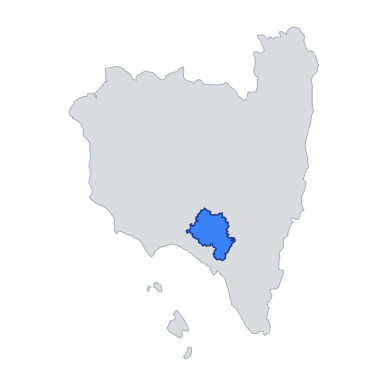 Spain, with Teruel highlighted, rotated 91°
{"feature_id": "ESP-5847", "entity_name": "Teruel", "entity_type": "Autonomous Community", "adm_level": 1, "iso_a3": "ESP", "parent_name": "Spain", "parent_adm1": "", "projection": "mercator", "projection_center": [-0.788, 40.603], "detail": "fine", "context": "in_parent", "style": "filled", "palette": "blue", "viewbox_px": 384, "rotation_deg": 91, "n_neighbors": 0, "source": "natural_earth", "source_scale": "10m", "svg_char_len": 8439}
<svg xmlns="http://www.w3.org/2000/svg" viewBox="0 0 384 384"><g transform="rotate(91 192 192)"><path d="M208.4,79.7L208.4,80.9L210.4,83.1L216.3,84.5L217.8,85.4L217.5,88.5L216.1,91.1L217.4,92.3L218.8,92.2L220.6,90.1L220.9,91.5L223.6,92.8L229.6,95.2L233.8,95.5L238.1,100.3L245.2,99.4L251.6,103.9L257.5,102.9L258.9,103.8L268.1,103.9L268.6,100.2L269.7,98.7L285.8,103.9L287.7,107.1L287.4,108.7L288.2,112.4L290.3,112.2L294.6,110.2L300.0,112.7L301.5,115.0L302.6,115.2L306.7,112.9L317.9,115.6L318.3,113.8L319.1,113.3L323.8,111.7L325.7,111.4L331.6,112.6L332.3,114.7L333.5,115.5L334.0,117.3L330.5,118.4L330.1,121.5L332.3,124.2L332.5,128.7L326.6,134.6L309.5,144.5L303.8,150.4L291.1,153.4L278.0,157.7L270.2,165.5L272.2,166.2L274.5,168.8L273.7,170.0L270.3,171.8L267.2,172.3L261.5,181.9L253.6,191.7L250.7,196.1L244.5,207.5L244.5,210.8L247.5,222.1L249.3,225.0L251.7,227.5L256.4,229.6L257.5,231.7L255.9,233.6L251.3,237.1L243.2,241.9L239.8,245.6L239.0,249.2L236.6,250.8L235.8,255.8L232.5,262.7L232.3,264.5L234.8,267.0L232.3,268.6L219.9,269.2L212.2,274.6L208.3,279.4L204.8,288.2L200.6,293.4L198.7,294.4L195.8,292.1L192.2,291.8L188.7,292.5L186.8,294.3L183.9,295.3L181.1,294.5L175.0,294.0L172.3,294.1L168.1,295.5L164.5,294.6L158.3,294.1L145.1,295.2L143.4,295.8L137.5,301.7L131.1,301.9L125.2,304.3L121.4,310.0L120.6,313.1L119.4,312.3L118.5,312.6L118.1,314.9L114.1,316.4L109.6,314.5L105.8,311.6L103.8,311.4L100.7,307.0L99.3,304.2L98.3,301.1L98.2,299.0L95.4,297.7L94.7,294.9L96.8,291.2L99.5,289.2L96.9,289.4L95.1,291.7L92.7,288.0L83.1,280.6L83.6,277.9L82.0,279.9L80.9,280.4L75.9,280.1L70.2,281.0L67.8,268.4L69.3,264.0L75.7,255.3L79.7,254.1L81.3,249.6L77.6,249.9L71.8,241.2L73.3,233.1L79.1,227.0L80.1,224.5L80.3,222.3L79.2,220.7L76.0,219.8L72.7,213.3L72.0,209.3L69.3,207.0L67.0,203.0L69.0,202.4L77.3,202.4L79.3,201.3L80.8,198.6L82.4,194.2L82.8,191.5L79.5,187.6L79.4,186.7L79.9,185.4L84.9,181.1L83.9,177.9L84.7,171.0L84.3,167.0L83.7,163.7L82.0,159.5L83.1,157.7L85.7,156.3L87.9,152.8L90.9,149.8L94.9,147.5L99.6,142.3L98.9,140.1L97.3,138.7L91.5,137.7L91.1,136.7L91.1,131.1L89.6,128.8L87.5,129.1L84.3,128.1L83.5,128.7L79.5,128.5L76.6,127.5L75.4,128.4L75.1,130.4L70.3,132.4L67.6,132.3L63.2,130.6L58.2,131.2L57.6,130.8L53.3,133.0L51.9,133.1L50.1,130.3L52.4,126.3L50.4,122.5L49.1,122.3L41.1,125.2L36.5,128.9L34.6,129.3L34.0,128.7L33.8,123.4L38.6,117.8L35.5,117.4L35.7,115.8L37.6,113.2L35.6,111.3L35.6,105.6L31.3,107.4L30.2,107.1L30.1,104.8L32.8,100.3L30.0,99.8L27.9,98.0L25.2,94.3L25.2,92.3L26.6,87.6L30.4,85.4L34.1,82.2L39.2,82.8L46.9,80.1L49.5,78.7L49.4,76.7L48.5,75.3L49.3,73.9L55.5,70.0L59.2,69.6L63.0,67.6L65.6,68.9L67.8,68.4L70.4,69.9L73.8,73.4L78.7,74.8L82.7,73.7L102.9,73.4L108.6,71.7L113.1,73.8L121.7,74.8L126.9,76.5L141.2,79.5L146.4,79.5L156.8,76.6L159.7,77.4L163.8,75.9L165.8,76.2L168.4,78.2L177.6,81.0L180.0,78.6L181.8,78.1L188.4,79.6L195.0,82.4L198.5,82.6L203.5,81.9L208.4,79.7ZM330.0,198.9L332.4,200.0L334.9,199.0L336.2,199.3L337.5,199.8L337.8,201.8L332.5,211.8L328.2,214.5L324.0,212.4L321.5,211.8L320.8,211.0L320.2,207.8L319.1,206.8L317.4,206.4L314.1,208.9L313.1,207.2L311.5,206.9L310.9,205.9L311.0,204.6L321.1,196.8L324.1,195.1L330.3,193.1L331.3,193.4L330.5,194.6L331.3,195.7L330.0,198.9ZM358.8,194.8L357.8,197.6L350.3,193.9L347.8,193.5L347.2,192.9L347.4,190.1L352.5,189.7L356.6,191.1L358.8,194.8ZM288.2,226.6L287.3,228.6L283.5,227.9L282.7,227.1L283.5,224.9L284.6,224.6L284.6,223.1L285.8,221.5L291.1,220.2L292.3,221.3L292.5,222.8L289.4,226.2L288.2,226.6ZM291.8,234.4L291.3,234.8L287.2,234.5L287.1,233.2L287.9,231.4L289.4,233.2L291.8,233.5L291.8,234.4Z" fill="#d9dde1" stroke="#a8b0b8" stroke-width="1"/><path d="M224.4,193.0L223.9,191.8L224.5,191.6L225.7,191.0L225.9,190.9L226.0,190.7L226.1,190.3L226.0,190.0L225.7,189.7L224.9,189.0L224.2,188.6L222.7,188.4L222.2,188.2L221.9,187.8L221.9,187.6L221.8,187.4L221.6,187.3L221.4,187.1L221.3,186.9L221.1,186.7L220.9,186.3L220.8,185.8L220.7,185.7L220.2,185.9L220.1,186.1L220.0,186.4L220.1,186.9L220.1,187.1L220.0,187.3L219.5,187.5L219.0,187.7L218.2,187.6L216.9,187.3L217.0,187.0L217.2,186.6L217.2,186.4L217.2,186.2L217.0,185.8L216.4,185.9L216.1,185.9L215.8,185.8L215.4,185.7L215.2,185.7L214.8,185.9L214.6,185.8L214.3,185.5L211.7,183.0L211.1,182.7L210.7,182.7L210.5,182.8L210.4,182.9L210.2,182.8L210.2,182.4L210.3,182.2L210.3,181.8L210.2,181.3L209.2,180.0L208.8,179.5L208.1,179.2L208.4,178.8L208.5,178.7L209.5,177.3L209.7,177.1L209.9,176.9L210.4,176.7L210.6,176.5L210.7,176.2L210.7,175.1L210.8,174.7L211.1,173.5L211.3,173.3L211.4,173.1L212.0,173.3L212.3,173.3L212.7,173.5L212.9,173.6L213.1,173.7L213.3,173.8L213.5,173.7L213.9,173.5L214.1,173.3L214.3,173.1L214.4,172.9L214.3,172.3L214.3,171.9L214.4,171.4L214.6,171.0L214.7,170.7L214.7,170.1L214.7,169.7L214.5,169.3L214.3,169.0L214.2,168.7L214.2,168.4L214.3,168.1L214.4,167.8L214.6,167.4L214.7,167.0L214.7,166.3L214.6,166.0L214.5,165.7L214.3,165.5L213.7,165.0L213.3,164.6L213.2,164.4L213.0,163.9L212.8,163.5L212.9,162.4L212.9,162.1L212.6,161.5L214.3,161.6L215.0,161.3L215.8,161.2L216.3,161.4L216.5,161.4L216.7,161.1L216.9,160.7L216.9,160.4L216.7,159.7L216.7,159.3L216.8,159.1L217.4,158.8L217.5,158.7L217.9,157.9L218.0,157.7L218.3,157.5L218.6,157.4L218.8,157.4L219.1,157.5L219.8,158.0L221.3,158.0L221.6,157.8L221.7,157.4L221.6,157.1L221.5,156.8L221.4,156.5L221.4,156.3L221.7,155.6L221.9,155.4L222.1,155.3L222.7,155.3L223.8,155.8L224.0,155.8L224.9,155.3L225.2,154.7L225.3,154.6L225.5,154.5L225.8,154.6L227.9,156.0L228.0,156.4L228.1,156.6L228.2,156.8L229.1,157.2L229.3,157.2L229.5,157.1L230.8,155.5L232.3,156.7L232.5,156.8L232.8,156.7L233.1,156.4L233.6,154.8L233.8,154.5L234.1,154.5L234.3,154.7L235.5,156.1L237.6,153.5L236.8,152.0L237.2,151.7L237.0,149.6L237.1,149.3L237.3,149.1L237.5,149.2L237.8,149.3L239.5,152.2L239.7,152.3L239.9,152.3L240.0,152.0L240.0,151.8L240.0,151.6L239.7,150.7L238.8,149.2L238.7,148.8L238.7,148.4L239.0,148.2L240.4,148.2L240.6,148.3L240.8,148.5L240.9,149.1L241.0,149.2L241.1,149.4L241.6,149.4L241.7,149.5L242.0,150.1L242.6,150.9L244.3,151.9L244.9,151.4L246.0,152.7L251.7,155.4L252.2,155.8L253.1,158.0L253.5,158.2L253.9,157.6L254.0,157.4L254.4,157.3L255.5,157.3L256.1,157.6L256.7,157.7L257.9,157.5L258.2,158.4L258.6,158.7L258.9,158.8L259.3,159.2L259.7,160.3L259.6,161.1L259.5,161.3L259.4,161.7L259.1,162.1L259.0,162.3L258.9,162.6L258.8,162.8L258.8,163.1L258.7,163.4L258.9,163.9L258.9,164.2L258.9,164.5L259.0,164.8L259.3,165.3L259.3,165.6L259.2,165.8L259.0,166.0L258.5,166.6L258.3,167.0L258.2,167.2L256.8,168.0L256.7,168.1L256.8,168.5L256.1,168.8L255.2,168.8L254.9,168.9L254.6,169.0L254.4,169.1L254.2,169.3L254.0,169.5L253.7,169.7L253.3,169.6L253.3,169.3L253.3,169.1L253.2,168.9L253.0,168.7L252.6,168.6L251.4,168.7L250.7,168.5L249.6,167.8L249.2,167.5L249.1,167.3L248.8,167.1L248.5,166.9L248.0,167.0L247.8,167.1L247.3,167.6L247.2,167.9L247.1,168.1L247.0,168.5L246.9,169.0L246.9,169.3L246.9,169.5L245.6,170.4L245.4,170.6L245.1,170.7L244.9,170.7L244.5,170.5L244.1,170.4L243.8,170.5L243.5,170.6L243.3,170.8L243.2,171.1L243.3,171.3L243.3,171.5L243.3,172.0L243.5,172.3L244.0,172.4L244.1,172.5L244.4,172.6L244.6,172.6L245.0,172.5L245.3,172.6L245.3,173.0L245.3,173.3L245.2,173.5L245.3,174.0L245.4,174.5L245.4,174.9L245.3,175.1L245.2,175.4L245.2,175.6L245.3,175.8L245.6,176.0L245.8,176.4L245.9,176.6L245.9,176.8L245.7,176.9L244.6,177.4L244.4,177.6L244.2,177.9L244.2,178.1L244.3,178.4L244.5,178.6L244.8,178.8L245.0,179.0L245.3,179.4L245.5,179.6L245.5,179.9L245.5,180.2L245.4,180.4L244.4,181.0L244.2,181.3L243.8,181.9L243.5,182.2L242.9,182.6L242.9,182.8L243.0,183.1L243.0,183.3L242.9,183.7L242.8,183.9L242.6,184.1L241.7,184.5L241.0,184.6L240.8,184.6L240.6,184.7L240.4,184.7L240.2,184.7L239.9,184.6L239.6,184.5L239.4,184.4L239.2,184.4L239.0,184.6L239.0,184.8L239.0,185.3L239.0,185.5L238.9,186.2L238.7,186.5L238.5,187.2L238.4,187.5L238.2,187.8L237.9,188.1L237.5,188.5L237.4,188.7L237.3,189.0L237.5,189.7L237.4,189.8L235.7,190.7L234.8,190.9L234.4,190.9L234.2,190.8L233.9,191.0L233.8,191.6L233.7,191.9L233.5,192.1L233.4,192.2L233.1,192.4L232.8,192.4L232.3,192.7L232.1,193.0L231.9,193.7L231.9,193.9L232.0,194.1L232.0,194.3L232.1,194.7L232.3,195.2L232.5,195.3L232.9,195.8L233.1,196.1L231.7,196.8L231.4,196.9L231.0,196.9L230.7,196.8L230.5,196.7L230.4,196.5L230.3,196.2L230.3,195.7L230.2,195.4L230.1,195.2L230.1,194.9L230.2,194.7L230.3,194.5L230.3,194.3L230.2,194.0L229.8,193.6L228.6,193.0L228.2,192.9L227.9,192.8L227.5,192.9L226.6,192.8L226.0,193.0L225.6,193.1L225.3,193.1L224.8,193.3L224.4,193.0Z" fill="#3b82f6" stroke="#1e3a8a" stroke-width="1.5"/></g></svg>